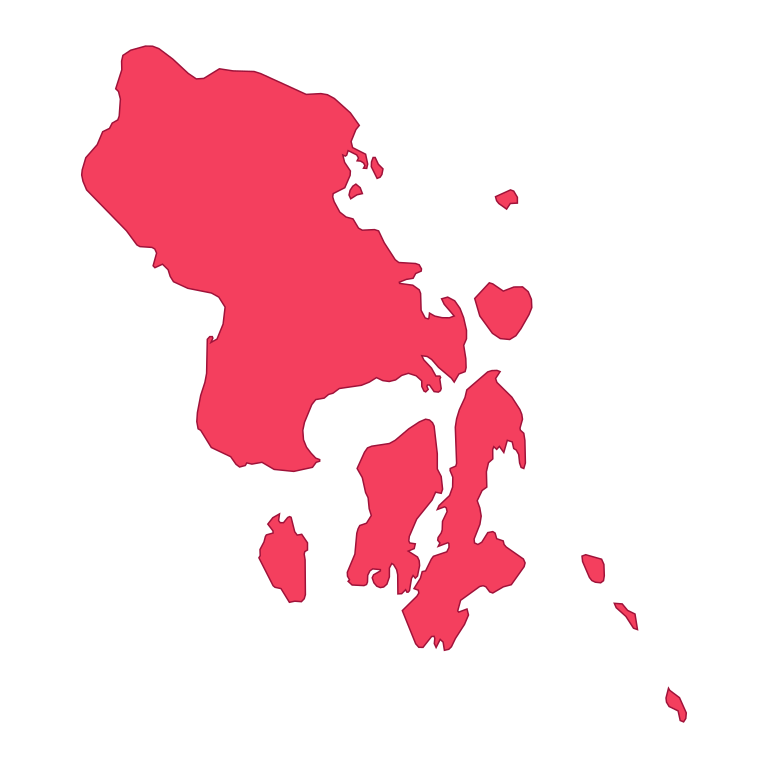 the border of Sulawesi Tenggara
{"feature_id": "IDN-556", "entity_name": "Sulawesi Tenggara", "entity_type": "Province", "adm_level": 1, "iso_a3": "IDN", "parent_name": "Indonesia", "parent_adm1": "", "projection": "robinson", "projection_center": [122.493, -4.447], "detail": "fine", "context": "isolated", "style": "filled", "palette": "rose", "viewbox_px": 768, "rotation_deg": 0, "n_neighbors": 0, "source": "natural_earth", "source_scale": "10m", "svg_char_len": 6102}
<svg xmlns="http://www.w3.org/2000/svg" viewBox="0 0 768 768"><path d="M359.3,125.4L355.9,129.6L351.1,141.5L352.6,147.6L365.6,154.2L367.7,164.1L366.7,168.4L363.5,168.2L364.9,165.6L363.6,163.0L360.6,161.1L357.1,160.8L358.5,158.0L356.7,154.9L348.1,150.6L346.7,155.1L345.3,156.1L342.8,155.0L344.6,162.3L350.4,171.0L350.1,175.4L344.8,187.7L333.2,193.6L332.7,196.9L334.1,201.6L339.8,212.1L346.0,217.0L353.0,218.9L358.5,228.1L362.3,230.2L374.5,229.6L378.6,230.9L384.2,242.7L395.2,259.7L398.8,262.5L415.5,263.5L419.2,264.8L421.5,268.9L421.2,271.1L415.7,273.5L413.1,278.3L406.3,279.4L399.3,282.2L399.6,283.4L412.8,285.2L419.2,289.8L420.6,293.4L421.1,310.3L425.2,318.0L428.2,318.9L428.9,318.2L429.5,313.1L434.8,316.1L442.1,317.7L449.4,317.8L454.2,316.0L444.2,304.3L441.6,298.8L447.7,297.1L454.7,300.8L460.0,308.4L463.6,317.6L466.5,330.3L466.5,338.8L463.7,345.3L465.8,358.6L466.1,367.6L465.1,371.6L458.9,374.0L454.2,382.1L451.4,378.2L438.5,367.3L431.7,359.5L427.3,356.5L421.8,355.7L423.8,359.9L431.5,368.1L435.9,376.1L439.9,376.1L440.6,377.5L439.8,379.1L441.2,388.6L440.4,390.7L438.4,392.1L434.1,391.6L429.5,385.0L427.4,385.0L426.9,386.3L428.2,389.4L425.7,391.9L424.0,391.1L421.8,386.5L421.7,380.8L416.2,375.8L408.4,373.3L401.7,375.4L395.6,379.9L389.2,381.5L382.8,380.6L376.5,377.6L369.3,382.1L361.4,385.3L339.3,388.5L333.0,393.2L328.6,394.4L324.2,398.1L315.7,399.6L311.8,404.6L304.5,422.3L302.8,430.3L303.5,439.8L306.5,447.2L311.0,453.1L315.7,458.1L319.7,459.6L319.7,461.2L316.2,462.3L312.5,467.3L293.8,471.4L274.1,469.4L262.0,462.3L251.9,464.1L246.8,462.9L245.3,465.5L239.6,467.0L236.0,464.3L230.7,456.7L211.3,447.5L200.7,430.3L198.1,428.8L196.8,421.6L197.4,412.6L200.7,395.4L204.9,382.4L206.6,373.4L207.3,339.3L209.8,336.6L212.3,336.6L212.9,338.1L211.0,342.4L217.0,339.1L223.1,324.1L225.1,307.1L218.8,297.1L211.4,293.0L187.8,288.3L173.5,281.7L170.2,276.4L168.1,269.7L162.5,264.2L154.9,267.7L153.1,265.8L156.6,253.1L154.8,249.0L152.0,247.4L139.9,246.6L136.9,244.9L126.5,230.8L86.6,189.9L83.0,181.3L81.7,175.0L82.2,169.9L85.8,157.7L97.2,144.7L102.7,131.7L109.5,128.4L112.2,123.1L117.8,119.9L119.2,116.1L120.4,99.1L118.5,91.5L115.7,88.8L121.8,69.8L121.6,61.1L122.9,55.4L130.7,50.2L145.4,46.1L152.6,46.2L159.0,48.7L172.7,59.0L188.2,73.4L196.3,78.9L203.8,78.4L219.4,68.8L233.1,70.9L254.1,71.5L260.7,73.6L306.2,94.4L320.9,93.6L327.4,94.7L334.4,98.5L350.4,112.9L359.3,125.4ZM506.2,547.0L523.4,559.0L525.1,562.9L524.1,566.7L511.3,584.7L503.4,586.8L492.8,593.0L489.7,591.9L485.9,586.8L483.1,585.7L479.7,586.5L460.6,600.3L457.7,610.9L458.7,612.1L467.0,609.0L468.5,615.0L464.5,624.4L455.4,638.5L451.4,646.8L448.8,649.3L444.4,650.3L443.1,642.1L440.2,639.4L436.1,647.5L434.3,643.6L434.8,638.4L434.1,636.3L431.6,636.5L423.0,647.4L418.8,647.3L415.7,643.8L402.3,610.6L416.9,596.2L418.8,593.1L418.3,590.2L414.0,588.6L420.4,578.2L422.2,571.6L425.6,570.9L431.3,559.2L433.4,556.3L446.8,551.8L449.0,547.4L448.9,543.5L447.9,542.7L438.2,546.4L439.9,543.0L437.7,540.2L438.1,537.5L441.2,533.0L442.2,529.9L442.5,521.3L447.1,511.6L446.3,507.9L444.6,506.8L437.3,509.5L439.1,505.5L449.6,495.5L452.6,487.1L452.8,477.2L450.1,470.6L450.2,468.5L455.8,466.1L456.6,463.3L455.3,427.2L456.6,418.8L459.3,409.9L465.0,397.5L466.8,389.9L487.7,371.9L491.8,370.6L497.0,370.4L500.1,371.6L495.6,378.5L496.9,382.4L511.9,397.2L519.9,409.6L521.8,414.4L522.5,419.2L520.0,428.1L520.4,430.2L523.8,433.3L524.9,440.5L525.4,463.0L523.8,468.5L521.1,467.4L519.6,463.0L518.7,454.5L516.3,450.1L513.7,448.5L512.2,441.9L507.3,440.3L503.8,452.5L499.4,446.4L496.7,449.4L493.8,446.7L492.7,449.4L492.8,458.9L488.5,462.7L486.4,471.7L486.8,487.1L482.1,490.5L477.2,500.7L479.8,507.9L481.2,516.1L479.9,524.3L474.1,539.0L474.5,542.9L477.9,544.5L481.8,542.2L487.8,532.6L492.8,531.6L495.1,533.1L496.7,538.7L503.2,540.9L504.1,544.5L506.2,547.0ZM441.2,476.5L442.6,489.2L441.2,493.3L435.6,492.2L432.1,500.0L416.7,519.1L409.3,536.4L408.8,540.9L409.8,543.0L415.3,543.8L414.2,548.6L408.2,551.1L417.5,557.0L419.2,560.7L419.6,565.6L417.5,576.0L415.3,578.2L413.1,575.5L411.5,578.4L409.5,590.6L408.2,592.1L406.9,592.2L405.6,589.7L401.7,593.7L397.9,593.9L397.7,574.7L396.6,569.6L393.6,564.6L391.8,563.5L389.4,568.0L389.4,576.9L386.9,584.2L383.7,587.0L380.3,587.6L376.8,586.2L373.9,582.8L372.2,577.8L373.6,574.8L380.4,570.9L380.4,569.6L372.7,568.9L369.9,570.9L367.7,575.3L367.5,582.0L366.5,584.5L364.0,585.6L352.1,585.0L348.1,581.3L349.5,579.8L347.5,576.2L347.3,572.3L354.9,554.1L356.8,533.2L358.1,528.7L359.8,525.5L366.5,523.2L371.3,515.5L369.2,508.8L368.1,497.7L365.6,492.6L362.3,477.6L357.1,468.5L364.5,452.2L367.5,447.9L371.7,446.2L389.4,443.5L395.2,440.3L408.8,428.8L419.3,421.9L425.6,419.2L429.5,420.0L432.5,422.7L434.1,426.1L437.3,453.8L437.3,469.0L441.2,476.5ZM307.5,542.8L307.5,550.0L304.8,551.6L304.2,554.1L305.1,559.9L305.4,594.7L304.2,598.8L301.4,601.7L294.8,601.2L289.4,602.3L281.0,588.6L275.0,587.3L273.1,585.7L258.9,557.8L260.2,555.6L260.0,549.5L264.0,541.9L265.4,536.5L266.4,534.9L273.1,533.0L273.0,530.9L267.8,524.1L272.8,517.7L279.5,513.9L278.6,520.6L280.2,522.7L283.5,522.7L287.7,517.5L289.6,516.6L291.1,517.3L294.7,531.7L297.2,535.1L301.7,534.3L307.5,542.8ZM522.6,286.9L528.2,291.7L531.4,299.3L531.8,307.6L529.0,314.6L521.0,328.6L515.9,335.7L509.7,339.5L500.3,338.6L492.4,333.3L479.8,316.0L474.7,298.5L489.3,282.8L492.8,283.9L503.3,291.1L513.9,287.0L522.6,286.9ZM585.7,554.7L601.6,559.2L603.9,564.4L604.3,575.7L603.5,580.7L600.7,582.8L595.3,582.2L591.8,580.5L589.4,577.4L582.6,561.6L582.0,556.1L585.7,554.7ZM679.5,697.7L686.3,712.9L685.8,718.5L683.6,721.9L680.2,720.5L678.1,710.9L669.1,706.5L666.5,702.2L666.0,698.0L668.5,688.2L669.8,690.4L679.5,697.7ZM517.4,197.3L517.4,203.1L510.3,203.5L506.6,209.1L498.8,203.5L496.6,200.7L495.5,196.7L510.5,189.9L513.7,191.1L517.4,197.3ZM627.6,610.4L635.0,614.0L637.5,629.6L633.5,628.2L625.9,616.4L616.2,607.7L614.3,603.3L622.2,603.9L627.6,610.4ZM378.3,164.2L383.0,168.9L381.9,174.5L380.1,177.2L377.1,178.4L371.3,166.7L371.5,161.9L373.1,157.5L375.2,157.5L378.3,164.2ZM355.9,184.1L360.2,187.7L362.4,193.6L357.0,194.8L350.7,198.8L349.0,195.0L350.1,190.3L352.8,186.2L355.9,184.1Z" fill="#f43f5e" stroke="#9f1239" stroke-width="1.5"/></svg>